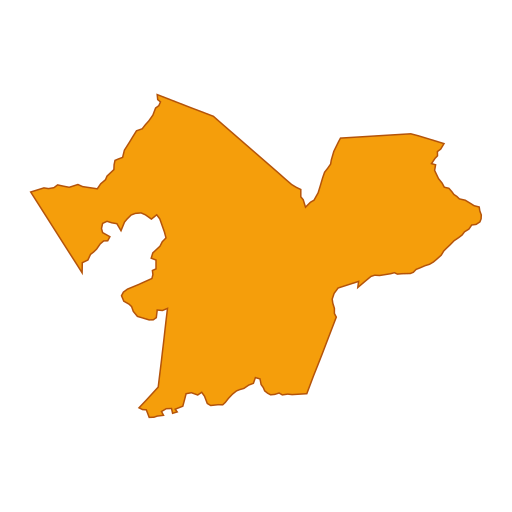 the district of Belo Jardim, Pernambuco, Brazil
{"feature_id": "56859067B61802713407079", "entity_name": "Belo Jardim", "entity_type": "district", "adm_level": 2, "iso_a3": "BRA", "parent_name": "Brazil", "parent_adm1": "Pernambuco", "projection": "mercator", "projection_center": [-36.415, -8.268], "detail": "fine", "context": "isolated", "style": "filled", "palette": "amber", "viewbox_px": 512, "rotation_deg": 0, "n_neighbors": 0, "source": "geoboundaries", "source_scale": "gbopen_adm2", "svg_char_len": 2919}
<svg xmlns="http://www.w3.org/2000/svg" viewBox="0 0 512 512"><path d="M213.4,116.3L190.6,107.6L157.2,94.6L157.7,99.6L160.5,101.9L158.8,105.7L155.6,108.0L152.9,115.1L148.9,120.8L145.4,124.7L142.2,128.8L136.5,130.8L132.5,137.2L129.6,142.0L124.4,150.2L122.6,157.4L118.3,159.0L115.0,160.4L114.1,164.7L113.9,169.6L107.0,176.1L105.5,179.7L100.7,183.8L97.3,188.8L82.6,186.6L77.9,184.5L69.2,187.3L63.1,186.1L57.6,184.9L53.9,187.7L48.5,188.6L43.9,187.9L30.7,192.0L63.5,243.6L70.2,254.1L77.5,265.5L82.1,272.8L82.3,262.7L87.9,260.0L90.5,254.4L93.6,252.0L96.6,249.1L100.2,243.9L103.7,240.9L107.7,240.8L109.9,236.7L102.6,232.6L101.5,228.5L102.6,223.4L107.0,221.3L111.8,222.8L116.9,223.7L121.0,230.7L124.5,222.1L127.0,219.1L131.1,215.0L135.3,213.4L141.1,212.9L145.4,214.8L151.4,219.1L156.7,214.8L159.8,218.9L164.4,231.9L166.0,237.9L162.3,241.7L160.0,246.2L152.8,252.9L151.2,258.2L156.0,260.0L156.0,268.9L152.4,270.5L152.9,274.6L151.9,278.5L137.7,284.9L127.5,289.1L123.4,292.1L121.5,295.7L123.8,301.2L129.1,304.2L131.6,306.6L133.3,311.4L137.4,316.4L149.1,319.9L153.3,319.8L156.3,317.6L157.2,310.0L162.4,310.5L167.5,308.4L166.2,319.2L164.9,330.6L163.9,339.6L163.5,343.0L162.3,353.0L161.5,360.1L158.2,387.1L146.6,399.8L139.0,407.8L142.6,409.6L146.3,409.8L147.8,413.7L149.2,417.4L154.0,417.2L157.2,416.1L163.5,415.3L161.5,411.5L166.2,408.7L171.5,408.5L172.6,413.3L177.2,411.9L175.2,409.2L182.8,406.2L184.5,399.9L186.1,393.7L191.4,392.7L197.7,395.0L201.7,392.3L204.5,396.2L207.3,403.5L210.7,405.5L218.1,404.7L222.7,404.8L225.3,402.4L228.5,398.3L232.4,394.2L236.5,390.9L239.7,389.6L243.9,388.4L248.7,385.1L253.4,383.3L255.4,377.6L260.0,378.9L261.1,384.5L263.3,387.6L264.7,390.9L267.6,393.2L270.6,394.8L274.7,394.4L279.1,393.0L282.3,394.9L287.7,394.1L292.1,394.6L306.8,393.7L313.6,375.6L317.8,365.1L322.2,353.9L328.5,337.4L336.3,317.1L334.4,313.5L334.4,308.4L332.8,303.2L332.2,299.1L334.1,293.4L338.1,288.0L358.6,281.4L357.8,287.5L365.8,280.7L371.0,276.4L374.7,275.2L379.6,275.5L390.7,273.7L394.4,272.7L397.4,274.1L402.1,273.7L410.3,273.5L413.3,272.3L416.1,269.4L420.4,267.7L425.0,265.7L429.5,264.3L433.4,262.0L437.3,258.7L441.2,255.2L443.8,250.9L446.5,248.2L450.0,244.9L454.1,240.7L458.7,237.6L462.1,235.0L464.5,231.8L468.9,229.1L471.7,225.0L476.1,224.4L479.9,221.9L481.1,218.8L481.3,215.0L479.8,210.9L479.2,207.0L474.1,205.7L470.8,203.6L465.2,200.2L459.4,198.9L456.8,196.4L453.9,194.5L451.8,191.6L448.9,188.3L444.3,187.2L442.1,183.1L438.5,178.6L434.6,170.4L435.6,164.8L431.5,163.6L435.0,158.4L437.5,155.8L437.4,151.6L440.7,149.1L444.0,143.6L418.4,135.8L410.8,133.8L400.8,134.4L340.5,138.1L338.6,141.6L335.6,147.7L333.8,151.4L331.3,160.0L330.6,164.1L327.6,168.4L324.6,172.2L322.7,177.6L320.2,186.1L318.1,192.9L316.5,195.7L314.0,200.2L310.5,202.2L305.5,207.2L303.2,199.7L300.8,196.8L300.8,189.5L296.2,187.3L291.6,184.5L285.8,179.5L277.0,171.7L223.4,125.1L217.1,119.6L213.4,116.3Z" fill="#f59e0b" stroke="#b45309" stroke-width="1.5"/></svg>